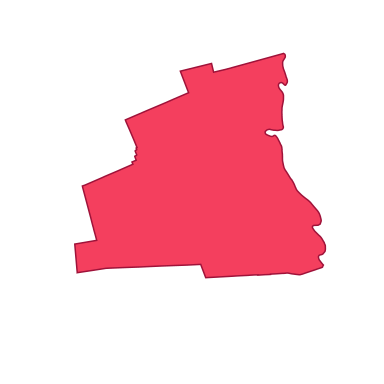 Perieti, Ialomita, Romania (Natural Earth projection), rotated 249°
{"feature_id": "2599482B58412168302533", "entity_name": "Perieti", "entity_type": "district", "adm_level": 2, "iso_a3": "ROU", "parent_name": "Romania", "parent_adm1": "Ialomita", "projection": "natural_earth1", "projection_center": [27.247, 44.595], "detail": "fine", "context": "isolated", "style": "filled", "palette": "rose", "viewbox_px": 384, "rotation_deg": 249, "n_neighbors": 0, "source": "geoboundaries", "source_scale": "gbopen_adm2", "svg_char_len": 4531}
<svg xmlns="http://www.w3.org/2000/svg" viewBox="0 0 384 384"><g transform="rotate(249 192 192)"><path d="M122.7,303.0L124.3,303.1L126.3,303.1L127.6,302.9L129.3,302.5L131.0,301.9L132.7,301.3L134.6,300.6L137.8,299.5L139.7,298.9L141.2,298.2L142.9,297.3L145.1,295.9L148.0,294.2L149.8,293.2L151.5,292.4L152.2,292.1L153.0,291.7L153.8,291.4L154.7,291.0L155.8,290.6L157.0,290.4L157.9,290.3L158.9,290.3L159.6,290.2L160.5,290.2L162.0,290.2L163.5,290.1L164.2,290.0L165.2,289.9L166.8,289.6L167.6,289.5L168.3,289.3L168.8,289.0L169.0,288.9L171.7,288.4L174.4,287.9L176.9,287.4L179.4,286.8L180.6,286.7L181.9,286.6L183.0,286.8L184.0,286.9L186.4,287.3L188.7,287.7L189.5,288.0L190.2,288.2L191.5,288.7L192.8,289.2L193.4,289.4L194.0,289.6L194.5,289.8L195.1,290.0L196.8,290.4L198.5,290.9L198.8,291.0L199.1,291.2L199.5,291.3L199.9,291.4L201.4,291.8L202.7,292.0L203.8,291.9L204.9,291.7L206.3,291.7L207.1,291.6L207.9,291.5L208.5,291.5L209.0,291.4L209.6,291.3L210.2,291.3L211.1,291.2L212.2,291.0L213.2,290.7L213.9,290.5L214.4,290.3L215.0,289.9L215.3,289.4L215.4,288.9L215.2,288.3L215.1,287.5L215.1,286.7L215.3,286.3L215.5,285.9L216.1,285.0L216.8,284.3L217.4,283.6L218.2,282.8L219.0,282.1L219.8,281.6L220.7,281.5L221.6,281.7L222.2,282.1L222.5,282.6L222.7,283.2L222.8,283.6L223.1,284.3L223.1,285.0L223.0,285.7L222.9,286.2L222.8,286.7L222.7,287.1L222.2,287.7L221.8,288.2L221.4,288.9L220.6,290.1L220.1,291.2L219.8,291.9L219.2,293.0L218.8,294.0L218.5,295.1L218.4,296.3L218.1,297.6L218.1,298.3L218.3,299.1L218.7,299.7L219.2,300.2L219.9,300.6L220.9,300.7L222.2,300.9L223.2,301.1L225.1,301.6L226.2,301.8L226.7,302.0L227.3,302.1L228.1,302.4L228.9,302.6L229.9,303.0L231.0,303.3L231.9,303.7L232.9,304.0L233.5,304.2L234.8,304.7L235.3,304.9L236.1,305.3L236.9,305.6L237.4,305.8L237.9,306.0L238.3,306.2L238.8,306.4L239.2,306.7L239.5,306.9L239.8,307.0L240.1,307.2L241.0,307.8L242.9,309.0L245.1,310.3L246.5,310.9L248.8,311.8L249.7,312.1L250.6,312.2L251.7,312.2L252.5,312.1L253.5,311.9L255.4,311.2L256.7,310.8L257.7,310.6L258.7,310.5L259.8,310.7L260.7,310.9L261.5,311.4L262.0,312.0L262.4,312.8L262.3,313.8L262.2,314.6L261.7,315.2L261.1,315.7L259.6,316.4L258.8,316.8L258.3,317.2L258.2,317.7L258.5,318.1L259.3,319.2L260.1,320.1L260.7,320.5L261.4,320.8L262.5,321.1L263.4,321.1L264.4,321.2L265.6,321.1L267.1,321.3L269.0,321.4L270.6,321.5L273.3,321.5L274.2,321.5L277.1,321.9L278.1,322.2L279.6,322.7L280.6,323.1L281.4,323.6L282.1,324.3L282.8,325.3L283.5,326.2L284.4,327.3L285.1,327.7L286.4,328.1L287.1,328.0L287.6,327.9L288.1,327.4L288.6,327.1L288.6,326.5L291.8,293.6L294.4,267.4L296.1,255.1L305.0,256.3L309.0,224.4L285.9,224.4L285.3,209.1L284.8,198.6L284.1,177.9L283.2,155.6L281.1,155.6L272.7,156.0L261.8,156.4L253.2,156.6L253.2,155.8L253.1,155.6L252.9,155.6L252.2,155.6L251.4,155.6L251.2,155.4L251.1,154.8L251.1,154.2L251.0,153.9L250.9,153.8L250.7,153.7L250.4,153.6L246.4,153.7L246.2,153.5L246.1,153.3L246.0,152.4L246.0,151.6L245.9,151.4L245.7,151.3L241.7,151.3L241.5,146.7L239.1,146.8L238.5,134.2L238.3,130.2L237.8,116.2L237.6,113.3L236.8,94.5L236.9,91.8L235.7,91.6L217.8,89.7L204.8,88.3L204.7,88.3L198.0,87.5L196.1,87.3L195.2,87.2L194.7,87.2L193.8,87.1L193.2,87.0L192.6,86.9L191.7,86.8L186.5,86.3L181.0,85.7L184.2,69.8L185.4,63.9L179.2,62.1L172.9,60.3L160.1,56.6L158.2,56.1L157.8,55.9L156.6,61.4L154.4,71.3L153.8,74.1L151.6,84.3L150.7,87.1L146.2,100.4L142.3,111.8L140.8,116.1L138.7,122.5L134.1,136.3L129.9,148.6L125.5,161.4L121.3,174.2L121.2,174.2L107.1,174.1L99.3,198.3L97.3,204.7L94.5,213.2L94.1,214.4L93.5,216.5L91.9,221.5L91.5,222.5L91.4,222.8L91.0,224.1L90.8,224.1L90.7,224.0L90.5,224.6L88.8,230.1L87.4,234.2L86.9,235.8L87.2,235.9L85.6,240.8L83.7,247.0L83.0,249.0L82.5,250.9L82.4,251.5L82.2,251.9L82.1,252.2L82.0,252.5L81.6,253.1L81.1,253.9L80.3,255.1L79.7,256.1L79.4,256.7L78.6,258.2L77.7,259.8L76.9,261.4L76.4,262.3L76.2,262.8L76.1,263.1L76.0,263.6L76.0,263.9L75.9,264.8L75.8,265.5L75.7,269.0L75.4,275.8L75.3,277.6L75.2,280.3L75.2,281.4L75.1,282.9L75.0,285.3L75.0,286.2L75.0,286.5L75.1,286.9L75.7,287.4L76.2,287.9L76.3,288.0L76.7,288.5L77.9,288.0L80.5,287.2L81.6,286.9L82.8,286.5L83.9,286.4L85.5,286.6L86.6,287.0L87.4,288.2L87.3,289.3L87.1,290.8L87.2,291.9L88.2,293.7L88.9,294.9L89.5,295.3L90.9,296.1L92.1,296.5L93.7,297.1L94.4,297.3L95.3,297.3L96.2,297.2L97.4,297.3L98.5,297.1L99.5,296.9L101.1,296.7L102.9,296.3L104.5,295.8L106.4,294.8L111.6,292.5L115.4,291.6L116.8,292.2L117.2,293.6L115.8,297.8L116.1,300.1L116.9,300.8L117.4,301.2L118.1,301.8L118.8,302.3L119.2,302.4L120.4,302.7L121.5,302.8L122.7,303.0Z" fill="#f43f5e" stroke="#9f1239" stroke-width="1.5"/></g></svg>